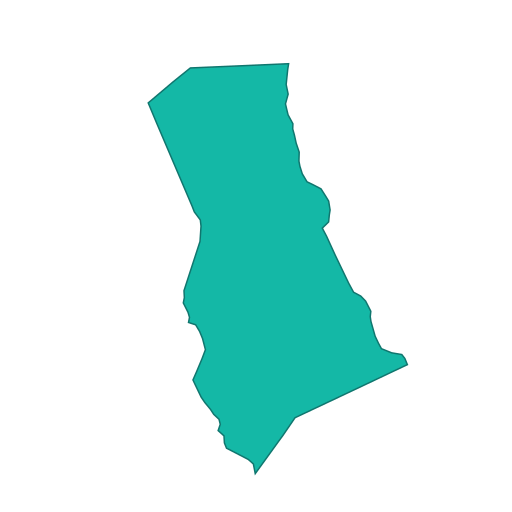 outline of Estrela de Alagoas, Alagoas, Brazil, rotated 336°
{"feature_id": "56859067B1490416965052", "entity_name": "Estrela de Alagoas", "entity_type": "district", "adm_level": 2, "iso_a3": "BRA", "parent_name": "Brazil", "parent_adm1": "Alagoas", "projection": "robinson", "projection_center": [-36.768, -9.389], "detail": "fine", "context": "isolated", "style": "filled", "palette": "teal", "viewbox_px": 512, "rotation_deg": 336, "n_neighbors": 0, "source": "geoboundaries", "source_scale": "gbopen_adm2", "svg_char_len": 1171}
<svg xmlns="http://www.w3.org/2000/svg" viewBox="0 0 512 512"><g transform="rotate(336 256 256)"><path d="M219.8,72.3L219.3,94.2L217.9,184.4L217.6,190.6L219.8,200.4L217.9,206.4L210.8,219.9L176.1,258.4L173.6,264.9L170.5,269.3L171.0,279.8L170.3,285.0L167.3,289.3L172.9,294.3L173.8,302.0L173.6,309.6L171.7,321.0L165.0,327.8L154.8,337.4L148.0,343.6L148.1,348.7L148.5,362.7L149.7,369.2L152.0,377.4L153.0,383.5L155.8,390.1L154.9,395.2L150.4,400.1L153.6,407.3L151.1,413.9L150.9,419.6L166.2,438.7L169.0,444.9L166.8,454.5L202.3,433.9L207.4,431.0L225.9,419.6L280.8,418.4L316.2,417.6L328.7,417.3L350.1,416.8L350.3,410.2L349.1,405.3L340.5,399.6L332.9,391.7L332.4,385.6L332.2,377.7L334.4,362.5L335.7,357.9L338.4,353.2L337.8,341.8L335.4,335.2L330.4,328.8L329.6,318.5L328.7,287.2L328.5,266.8L327.9,257.5L336.2,254.4L339.8,248.1L342.4,244.1L344.7,235.4L344.0,229.9L342.7,221.1L336.8,213.7L332.8,209.0L331.7,199.7L332.6,191.9L333.8,186.8L337.7,178.7L338.6,169.2L340.3,161.0L341.2,154.9L343.5,150.2L342.7,140.1L343.8,134.1L344.8,129.0L351.2,121.2L353.3,111.6L360.9,98.4L364.0,93.6L319.3,76.0L272.5,57.5L251.4,63.1L219.8,72.3Z" fill="#14b8a6" stroke="#0f766e" stroke-width="1.5"/></g></svg>